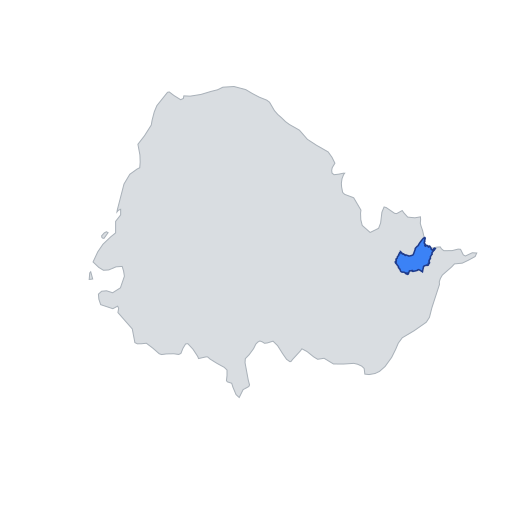 Veun Sai, Rôtânôkiri, Cambodia shown in context, rotated 40°
{"feature_id": "14789045B84584240899175", "entity_name": "Veun Sai", "entity_type": "district", "adm_level": 2, "iso_a3": "KHM", "parent_name": "Cambodia", "parent_adm1": "Rôtânôkiri", "projection": "orthographic", "projection_center": [106.861, 14.079], "detail": "fine", "context": "in_parent", "style": "filled", "palette": "blue", "viewbox_px": 512, "rotation_deg": 40, "n_neighbors": 0, "source": "geoboundaries", "source_scale": "gbopen_adm2", "svg_char_len": 7386}
<svg xmlns="http://www.w3.org/2000/svg" viewBox="0 0 512 512"><g transform="rotate(40 256 256)"><path d="M423.2,111.8L424.2,115.5L421.5,122.5L418.6,128.9L413.1,134.5L412.9,138.6L411.0,150.8L411.7,154.7L413.0,158.0L414.8,159.8L419.6,171.7L424.0,182.6L428.3,191.5L429.0,197.2L425.2,211.5L420.6,224.6L421.0,231.2L423.0,237.8L425.1,246.5L425.9,257.7L424.8,265.0L422.7,269.5L418.8,274.2L415.3,276.5L411.1,272.6L407.8,272.4L403.4,273.6L399.9,275.4L392.7,282.3L384.8,288.9L373.9,290.6L369.6,295.5L365.1,296.2L356.4,296.4L350.8,297.6L351.0,300.0L350.5,311.7L350.6,314.4L349.8,315.2L345.8,315.5L339.2,313.7L330.2,310.8L323.8,310.3L320.5,315.4L318.6,317.4L316.1,317.7L313.6,318.6L312.7,320.8L312.5,323.7L313.7,328.5L314.2,336.2L313.8,341.5L316.2,344.8L329.9,356.1L333.9,358.9L334.4,360.6L332.0,366.6L334.1,375.2L329.8,375.0L322.6,371.3L319.2,369.1L315.0,370.8L313.5,370.5L310.7,366.3L307.1,362.0L303.3,361.7L295.3,363.3L287.1,364.5L283.9,364.4L282.7,365.2L277.9,371.5L275.9,370.4L267.6,367.9L260.1,367.0L258.6,368.6L259.4,373.8L261.1,378.9L260.1,381.1L255.9,383.7L250.4,388.5L247.0,392.2L244.7,393.1L236.4,392.9L228.1,393.3L224.7,396.8L221.6,399.5L218.9,400.2L208.1,391.4L186.6,388.1L184.3,384.2L182.2,383.4L180.2,388.4L168.3,393.1L163.4,390.1L159.8,386.5L160.4,382.2L163.9,378.7L169.8,376.3L172.6,367.5L168.2,356.1L164.3,352.7L160.2,350.0L155.8,354.2L152.1,361.4L148.3,365.0L142.9,365.8L135.0,365.3L132.1,354.5L131.2,345.3L132.4,334.7L133.6,328.5L126.2,319.7L125.9,311.5L122.3,307.2L121.2,309.4L121.2,311.7L120.2,310.0L108.6,285.7L106.8,274.5L109.0,265.9L110.2,263.1L106.9,258.5L102.1,253.2L93.7,246.3L93.3,235.7L91.6,223.0L89.1,218.7L85.4,210.9L83.4,204.5L83.0,187.5L84.1,186.1L90.1,185.8L97.8,184.7L99.1,182.0L97.8,179.7L102.8,175.9L110.0,167.6L115.7,158.9L119.7,153.4L122.1,148.0L130.2,140.3L141.3,135.1L148.7,133.9L156.5,132.2L164.0,129.7L167.5,129.5L176.7,132.8L181.7,133.6L186.9,133.7L192.3,134.1L197.0,133.8L208.4,131.7L220.4,133.6L231.1,132.3L244.4,129.9L250.9,131.6L256.8,134.2L257.6,139.3L258.9,141.7L260.9,143.6L263.5,143.6L266.9,140.0L269.8,136.3L270.7,135.6L270.8,137.4L272.2,141.5L274.7,145.5L277.2,148.1L281.5,151.6L284.3,151.8L293.4,148.6L306.9,153.4L308.5,155.9L312.9,160.8L317.7,164.3L328.3,164.6L332.1,156.0L330.3,150.7L324.3,141.5L322.6,136.1L324.6,135.2L334.8,134.2L336.5,133.1L338.8,127.2L341.5,127.9L347.2,128.7L353.2,124.6L356.8,120.3L358.7,122.3L360.8,125.3L363.2,127.0L367.5,129.6L372.2,133.2L375.2,136.8L377.6,138.1L383.6,137.1L385.3,137.3L388.8,133.0L391.3,130.6L393.4,131.3L396.5,131.2L402.8,125.8L406.4,120.8L408.4,119.4L414.1,121.9L416.4,121.4L419.6,114.5L423.2,111.8ZM128.2,340.2L127.0,340.9L125.9,340.8L124.8,339.8L124.9,335.9L125.8,333.6L127.7,333.2L128.2,340.2ZM145.7,378.6L143.3,381.2L139.5,375.8L139.5,374.3L145.7,378.6Z" fill="#d9dde1" stroke="#a8b0b8" stroke-width="1"/><path d="M381.5,173.2L381.8,173.0L382.0,173.1L382.3,173.2L382.5,173.0L382.6,172.9L382.6,172.7L382.9,172.8L382.9,172.6L383.0,172.6L382.9,172.5L383.0,172.5L383.0,172.4L383.1,172.5L383.3,172.4L383.6,172.3L384.0,172.4L384.2,172.2L384.1,171.3L383.7,170.8L383.5,170.5L383.5,170.4L383.6,170.2L383.5,169.7L383.3,169.2L383.1,168.9L383.1,168.7L383.5,168.4L383.8,168.2L384.2,167.6L384.5,167.6L384.6,167.4L384.7,167.1L384.8,166.8L385.0,166.6L385.3,166.7L385.7,167.1L385.9,167.1L386.0,167.0L386.1,166.9L386.2,166.7L386.4,166.6L386.4,166.4L386.5,166.3L386.5,166.2L386.9,165.9L387.4,165.4L387.5,165.3L387.8,164.7L388.1,164.3L388.6,163.8L388.7,163.5L388.7,163.3L388.8,163.2L389.0,162.9L388.9,162.6L389.0,162.5L389.0,162.3L389.2,162.1L389.3,161.9L390.3,161.6L391.0,161.4L392.0,161.3L392.3,161.2L392.5,161.2L392.6,161.3L392.8,161.1L393.1,161.1L393.3,161.1L393.7,161.1L393.6,160.9L393.3,160.4L392.9,159.8L392.6,159.2L392.4,158.9L392.2,158.3L391.9,157.9L391.8,157.5L391.1,156.4L391.3,155.9L391.2,155.3L391.5,155.0L392.4,153.6L392.6,153.1L392.8,153.0L393.2,153.2L393.5,152.7L393.8,152.4L393.8,152.2L393.5,152.0L393.5,151.9L393.5,151.5L393.3,151.5L393.2,151.5L393.1,151.4L393.0,151.2L392.7,150.9L392.9,150.6L392.9,150.4L393.0,150.4L393.2,150.0L393.2,149.8L393.3,149.8L393.2,149.6L392.8,149.5L392.7,149.4L392.8,149.2L392.6,149.1L392.4,149.0L392.2,149.1L391.9,148.9L391.9,148.7L391.6,148.5L391.5,148.3L391.6,148.1L391.4,148.0L391.3,147.5L391.2,147.2L391.1,146.8L391.1,146.7L391.2,146.4L391.4,146.1L391.2,145.7L390.9,145.6L390.6,145.1L390.0,144.4L389.8,142.5L389.6,141.8L389.8,141.4L389.5,141.1L389.1,140.9L388.9,140.5L388.7,140.4L388.7,139.8L388.6,139.5L388.7,139.4L388.7,138.9L388.7,138.7L388.7,138.4L388.6,137.9L388.7,137.5L388.8,137.1L388.8,136.9L388.7,136.8L388.7,136.6L388.7,136.3L388.7,136.0L388.6,135.7L388.6,135.1L388.3,135.2L387.9,135.1L387.7,135.5L387.5,136.2L387.4,136.4L387.7,136.7L387.9,136.7L387.9,136.8L387.7,137.1L387.5,137.6L387.3,137.9L387.3,138.1L387.2,138.2L386.9,138.1L386.6,138.1L386.2,138.1L385.8,138.2L385.5,137.8L385.2,137.5L384.7,137.4L384.3,137.3L384.1,137.1L383.7,137.1L382.9,136.8L382.5,136.9L382.5,137.3L382.4,137.7L382.5,138.1L382.4,138.3L382.1,138.2L381.8,138.2L381.6,137.9L381.0,137.9L380.7,137.9L380.4,138.0L379.5,139.1L379.6,139.4L379.5,139.6L379.4,139.6L379.2,139.6L378.9,139.6L378.7,139.5L378.8,139.3L378.7,139.1L378.6,138.6L378.5,138.4L378.3,138.3L378.0,138.3L377.8,138.4L377.2,138.3L377.1,138.1L376.8,137.8L376.5,137.8L376.4,137.6L376.1,137.4L375.9,136.6L375.9,136.4L375.6,136.4L375.4,136.3L375.3,136.2L375.3,135.6L375.1,135.3L374.8,135.0L374.8,134.7L374.7,134.5L374.6,134.4L374.4,134.3L374.3,134.2L374.3,133.9L374.3,133.7L374.0,133.5L373.6,133.3L373.4,133.3L373.0,134.4L373.0,134.8L372.8,135.0L372.8,137.6L372.9,139.4L373.0,141.0L373.2,142.2L373.2,142.4L373.2,142.7L373.3,143.0L373.6,143.4L373.6,143.5L373.4,144.6L373.2,145.2L373.2,145.7L373.1,147.7L373.3,148.2L373.6,148.4L375.0,152.2L375.5,153.8L375.5,154.4L375.2,155.0L374.7,155.8L373.5,157.4L373.3,157.6L372.9,157.9L372.7,158.0L372.4,157.9L372.3,158.0L372.2,158.0L371.9,158.1L371.5,158.3L371.4,158.4L370.9,158.5L370.7,158.6L370.4,158.9L370.5,158.9L370.3,158.9L370.2,159.0L370.1,159.3L370.0,159.2L369.9,159.5L370.0,159.5L369.8,159.6L369.7,159.5L369.4,159.6L369.2,159.6L369.0,159.4L368.8,159.4L368.7,159.5L368.4,159.6L368.2,159.7L368.3,159.6L368.1,159.7L367.9,159.7L367.6,159.5L367.3,159.8L367.3,160.0L367.2,160.0L366.8,160.3L366.4,160.2L366.0,160.0L365.9,160.1L365.7,159.9L365.4,159.8L365.2,159.8L364.1,159.8L364.3,160.0L364.2,160.3L364.3,160.4L364.2,160.6L364.2,160.8L364.0,160.7L364.0,160.8L363.9,161.0L364.0,161.1L364.0,161.4L364.1,161.5L364.2,161.9L364.3,161.9L364.2,162.0L364.3,162.4L364.3,162.5L364.4,162.8L364.3,163.1L364.4,163.3L364.5,163.4L364.9,163.8L364.8,164.0L364.9,164.4L364.9,164.5L364.9,164.8L364.8,165.0L364.8,165.6L364.9,166.0L365.5,166.6L365.6,166.8L365.6,167.0L365.3,167.8L365.2,168.0L365.3,168.2L365.4,168.6L365.7,168.7L365.8,168.7L365.9,169.0L366.2,169.0L366.4,169.3L366.3,169.5L366.5,170.3L366.9,170.2L367.1,170.3L367.2,170.5L367.3,170.7L367.4,170.8L367.2,171.1L366.9,171.3L367.2,171.4L367.3,171.5L367.4,171.4L367.5,171.5L367.8,171.5L368.0,171.7L368.4,171.7L368.4,171.8L368.5,171.8L369.1,171.9L369.4,172.0L369.6,172.0L369.9,172.1L370.4,172.3L370.6,172.4L371.0,172.3L371.5,172.4L372.0,172.6L372.3,172.9L372.4,173.2L372.7,173.4L373.6,173.4L373.8,173.5L374.2,173.7L374.5,173.5L375.0,173.7L376.0,174.4L376.4,174.6L377.0,174.7L377.6,174.7L377.9,174.6L378.8,174.1L379.4,173.5L379.7,173.3L381.1,172.9L381.2,173.0L381.5,173.2L381.5,173.2Z" fill="#3b82f6" stroke="#1e3a8a" stroke-width="1.5"/></g></svg>